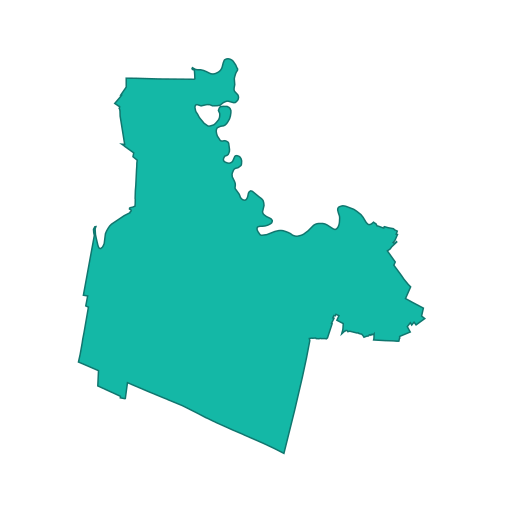 El Higo, Veracruz, Mexico (orthographic projection), rotated 107°
{"feature_id": "50627088B45617363744287", "entity_name": "El Higo", "entity_type": "district", "adm_level": 2, "iso_a3": "MEX", "parent_name": "Mexico", "parent_adm1": "Veracruz", "projection": "orthographic", "projection_center": [-98.455, 21.767], "detail": "fine", "context": "isolated", "style": "filled", "palette": "teal", "viewbox_px": 512, "rotation_deg": 107, "n_neighbors": 0, "source": "geoboundaries", "source_scale": "gbopen_adm2", "svg_char_len": 6096}
<svg xmlns="http://www.w3.org/2000/svg" viewBox="0 0 512 512"><g transform="rotate(107 256 256)"><path d="M94.5,371.8L95.5,372.0L96.0,371.5L96.2,371.3L96.2,369.3L101.4,367.3L103.5,366.6L104.1,366.3L104.5,366.3L105.1,366.9L115.2,401.0L121.1,422.6L123.9,432.1L132.4,429.5L141.3,432.3L141.2,432.1L141.4,431.5L144.3,432.6L151.4,435.7L152.4,432.4L152.8,431.4L152.9,430.3L153.2,429.9L154.9,430.0L155.5,429.3L157.0,428.5L162.0,426.8L187.7,414.2L188.3,417.0L189.0,414.8L189.7,413.2L193.1,403.1L197.0,402.7L199.1,397.6L202.0,397.1L205.2,396.2L207.9,395.6L223.6,391.6L228.7,390.5L236.4,388.4L236.9,388.1L241.0,386.9L243.7,386.3L245.4,388.3L246.6,390.5L247.2,390.9L248.1,390.7L248.4,389.2L249.0,388.6L249.4,388.6L249.9,388.7L250.4,389.1L251.3,389.4L251.5,389.2L255.9,393.8L267.8,403.5L270.1,404.7L272.7,405.5L275.8,406.2L278.7,406.5L288.5,404.8L290.3,405.0L292.4,405.4L294.2,406.6L294.4,407.2L294.4,408.0L293.9,408.9L291.9,410.4L285.5,414.1L282.4,415.8L277.6,417.6L276.7,417.8L274.7,417.7L275.1,418.6L276.8,419.0L278.0,419.2L281.1,418.0L283.7,416.6L344.0,409.6L343.4,405.3L353.5,404.2L353.9,401.3L379.3,398.1L386.1,397.4L389.9,396.8L401.5,395.4L409.3,394.8L411.7,373.1L426.5,369.3L429.8,344.6L431.3,344.3L430.8,339.8L430.5,339.3L414.7,341.9L417.1,319.6L418.6,303.7L419.0,298.9L419.2,298.0L420.6,282.9L423.3,267.0L425.4,256.0L425.3,255.6L426.5,248.3L426.6,247.0L426.9,245.6L429.3,226.6L430.3,216.7L430.7,214.3L433.0,194.1L434.7,182.3L436.6,171.6L392.9,173.9L358.7,176.2L338.9,177.9L321.2,179.8L319.3,180.9L318.3,178.9L318.1,177.8L317.0,175.0L317.4,174.3L316.7,171.6L316.0,170.4L315.8,169.0L314.9,166.3L314.6,164.4L314.0,164.2L313.9,164.0L313.4,163.7L298.5,163.4L298.4,164.1L292.7,163.2L292.7,164.5L290.1,164.1L290.1,162.8L288.4,162.5L288.8,159.2L293.8,159.9L295.1,152.8L300.1,151.6L301.5,151.4L305.4,151.3L302.8,149.8L301.7,149.0L301.6,148.6L300.9,148.2L300.7,147.1L301.2,146.2L301.5,146.0L300.5,144.3L300.1,136.7L299.7,136.3L299.6,135.8L299.7,135.3L300.0,135.1L300.0,133.4L299.8,132.1L301.0,130.2L302.1,129.0L300.4,126.8L299.6,125.1L299.0,124.7L298.2,124.6L297.9,123.5L298.2,123.1L297.9,122.8L297.7,122.9L297.3,122.8L297.4,122.4L297.2,122.2L297.1,121.4L296.8,120.8L296.6,120.9L296.6,120.6L295.9,120.3L300.4,119.1L301.9,119.0L299.2,107.9L297.1,100.2L296.3,96.5L295.7,94.6L295.4,94.4L295.2,94.6L293.2,94.7L292.5,94.5L291.3,95.1L290.8,95.0L283.6,86.3L279.3,90.7L274.7,88.9L276.5,86.9L273.1,85.5L275.1,82.8L266.5,76.3L265.0,80.1L256.9,80.7L254.6,92.8L253.0,100.6L240.3,99.1L238.7,102.1L234.9,107.8L232.3,111.0L224.5,121.5L221.0,121.1L212.7,131.9L210.1,129.8L207.5,128.9L201.5,125.5L201.2,125.8L203.5,127.2L203.1,128.8L200.5,127.7L194.1,127.0L194.2,128.3L190.9,128.2L190.5,130.9L189.7,132.6L190.3,137.7L190.4,141.8L190.6,142.0L191.8,141.9L192.0,142.4L191.7,147.5L191.8,149.1L190.2,150.6L189.9,151.4L190.0,151.7L189.3,153.5L191.5,154.9L192.3,155.8L192.9,156.8L193.0,157.5L192.9,158.3L192.4,159.3L191.5,160.7L187.7,164.9L185.7,167.8L183.8,172.7L182.9,175.6L182.7,176.8L182.2,184.7L182.4,186.7L182.7,187.9L183.2,188.8L184.4,190.5L185.0,191.1L185.4,191.3L186.3,191.6L187.0,191.6L188.2,191.3L190.7,189.8L193.3,187.9L195.2,187.1L199.2,186.1L201.3,185.8L203.9,185.9L206.0,186.6L207.2,187.5L207.6,188.8L207.5,190.1L205.5,197.2L205.2,199.5L205.4,201.8L206.5,205.4L207.3,207.1L208.3,208.5L209.8,209.9L216.8,213.6L221.3,216.9L222.9,218.7L224.9,222.0L225.4,223.5L225.5,225.0L225.4,227.1L224.5,229.6L224.1,232.1L223.9,235.2L223.9,237.7L224.3,239.7L225.0,241.6L227.0,245.1L232.4,251.9L234.6,256.7L234.6,257.7L234.4,258.4L232.1,261.3L231.0,262.3L229.8,263.0L228.2,263.1L227.6,262.8L226.5,261.1L225.6,258.4L224.6,256.1L223.1,253.8L222.0,252.6L221.0,251.6L219.7,250.7L218.5,250.6L217.6,250.7L217.2,250.9L216.1,252.4L215.8,253.7L215.2,257.6L214.4,259.9L213.7,261.3L212.9,262.0L211.8,262.7L205.4,263.1L203.0,264.1L201.2,265.2L200.3,266.2L199.5,267.6L198.6,270.2L195.4,277.9L195.2,278.5L195.2,279.3L195.3,280.2L196.0,280.8L196.7,281.3L198.2,281.6L201.6,281.3L203.3,281.4L204.7,281.8L205.3,282.2L205.9,282.9L206.0,283.4L206.1,284.9L205.8,286.0L204.6,288.0L202.7,289.4L201.6,290.4L197.7,295.6L196.9,296.0L194.2,296.5L192.5,297.2L190.8,298.5L187.3,301.8L184.9,302.8L183.5,302.9L180.4,302.6L179.2,302.2L178.2,301.3L177.0,299.3L176.5,298.7L174.1,297.0L173.3,296.7L172.1,296.8L169.3,297.5L167.6,298.5L166.3,299.9L165.8,300.8L165.6,302.0L165.6,303.1L165.6,303.7L165.9,304.3L166.2,304.9L167.0,305.4L172.1,306.0L173.5,306.7L174.0,307.2L174.9,308.3L175.2,309.0L175.4,310.3L175.3,312.0L175.2,313.0L174.8,314.2L173.9,315.1L173.3,315.4L171.5,315.5L169.5,314.9L168.3,313.2L167.0,312.3L165.7,312.1L163.8,312.0L161.8,312.5L156.2,315.1L155.4,315.9L154.9,317.6L154.8,318.7L155.0,320.0L156.0,321.9L156.1,322.5L156.1,323.6L155.8,324.2L152.6,328.0L150.8,329.3L148.4,330.5L146.8,330.8L145.9,330.8L145.1,330.6L144.5,330.3L142.7,328.3L142.1,327.4L141.0,325.1L139.9,323.9L138.0,322.8L136.1,322.2L133.5,321.6L132.4,321.4L129.6,321.4L126.4,321.9L124.3,322.5L122.7,323.8L122.3,324.3L121.8,325.3L121.4,327.4L122.5,331.1L123.5,333.6L124.1,334.0L125.4,334.4L127.8,334.5L130.1,332.5L131.3,332.0L132.9,331.6L134.5,331.4L136.6,331.6L140.0,333.0L141.9,334.0L143.0,334.8L145.1,337.9L145.6,339.0L145.7,339.9L145.6,340.4L144.2,344.6L143.0,346.3L141.2,349.1L140.0,350.8L137.4,353.4L135.7,355.5L135.0,356.1L131.7,357.9L131.0,358.0L130.0,358.0L129.1,357.7L128.8,357.4L128.4,356.1L128.5,352.4L125.8,347.7L125.4,346.7L124.8,344.4L125.1,341.5L123.6,337.0L122.4,334.6L118.9,332.1L117.7,330.8L116.5,329.2L116.1,327.9L115.9,322.1L115.3,320.7L114.0,319.8L112.1,319.0L111.5,318.9L109.6,319.0L109.0,319.3L108.3,319.6L107.2,320.5L105.0,324.3L104.5,324.9L103.9,325.3L103.2,325.7L101.4,326.1L98.4,326.4L92.8,328.6L90.9,328.8L87.5,328.8L85.9,328.6L84.2,328.1L83.5,328.0L82.5,328.3L82.1,328.6L81.5,329.4L79.3,331.2L76.4,334.8L75.8,336.1L75.4,337.8L75.4,339.6L75.6,340.5L75.9,341.3L76.4,342.1L77.5,343.3L78.2,343.6L81.0,343.8L85.4,343.6L86.7,343.7L88.9,344.3L90.7,345.4L91.3,345.9L93.1,347.8L93.7,348.7L94.3,349.8L94.7,351.0L94.9,352.5L94.7,354.3L94.2,357.3L93.9,360.3L94.1,363.4L95.0,366.4L95.2,367.9L95.2,368.8L94.5,371.8Z" fill="#14b8a6" stroke="#0f766e" stroke-width="1.5"/></g></svg>